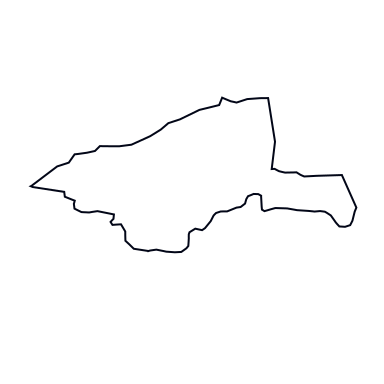 outline of Monzie, Choiseul, Saint Lucia, rotated 252°
{"feature_id": "8701671B92535137088393", "entity_name": "Monzie", "entity_type": "district", "adm_level": 2, "iso_a3": "LCA", "parent_name": "Saint Lucia", "parent_adm1": "Choiseul", "projection": "equal_earth", "projection_center": [-61.024, 13.807], "detail": "fine", "context": "isolated", "style": "outline", "palette": "ink", "viewbox_px": 384, "rotation_deg": 252, "n_neighbors": 0, "source": "geoboundaries", "source_scale": "gbopen_adm2", "svg_char_len": 1946}
<svg xmlns="http://www.w3.org/2000/svg" viewBox="0 0 384 384"><g transform="rotate(252 192 192)"><path d="M149.3,131.2L149.3,133.7L149.2,134.6L148.2,140.3L144.5,146.9L143.2,149.1L142.2,151.6L140.0,157.0L138.3,163.3L139.4,166.8L140.2,169.3L141.8,171.8L145.5,173.3L149.1,174.7L150.2,175.0L152.8,175.9L154.5,177.2L155.7,182.1L156.1,183.8L152.6,189.8L153.6,193.2L158.5,200.8L160.7,203.0L162.9,205.2L163.5,206.2L164.6,208.4L164.6,213.4L162.7,219.4L163.4,229.5L162.7,233.6L164.6,238.9L167.8,241.0L168.5,241.5L170.7,244.0L170.8,246.3L171.1,250.0L170.4,251.9L169.5,254.4L167.1,256.6L166.2,256.3L161.3,255.0L156.4,253.7L154.1,253.2L153.6,253.1L153.3,253.4L151.4,255.0L151.3,258.0L151.2,261.9L151.0,266.3L147.0,277.4L143.4,284.2L142.3,286.2L137.9,297.2L136.5,300.4L135.5,302.6L135.4,303.1L134.3,307.9L132.2,312.3L130.4,313.9L126.8,316.8L120.4,318.8L118.7,319.3L117.0,320.0L113.7,321.5L113.0,323.3L111.6,326.8L111.6,332.2L115.1,335.7L123.1,340.7L125.8,343.0L126.4,343.5L160.7,339.9L161.1,339.8L161.8,339.8L168.8,315.8L172.1,303.5L173.6,301.8L174.9,300.4L178.0,297.8L178.4,297.5L179.2,294.7L181.7,286.5L182.8,284.6L184.9,281.2L186.6,279.5L188.5,277.7L189.2,274.9L214.2,286.5L257.8,293.4L259.5,288.0L260.3,285.4L261.8,279.3L263.3,273.2L263.3,262.0L264.7,259.7L266.3,256.9L269.8,252.8L272.4,249.8L270.2,248.0L266.3,244.7L267.1,233.5L267.8,224.4L265.2,205.8L264.8,203.0L264.8,190.8L261.0,181.6L258.0,169.4L255.7,149.0L258.0,136.8L261.0,127.7L264.1,118.5L263.3,117.0L261.0,112.4L261.8,104.3L263.4,95.3L264.1,92.0L258.0,83.9L258.0,71.7L247.4,41.1L247.3,40.5L245.9,42.1L231.6,70.5L226.8,69.6L221.7,75.7L220.0,77.8L218.4,76.8L217.3,76.0L212.5,75.1L210.3,77.3L207.1,80.6L206.5,82.1L204.3,87.9L203.9,90.9L203.0,96.2L194.8,110.8L190.7,109.0L190.0,107.6L188.7,105.3L185.3,106.2L184.3,110.3L183.2,114.5L176.1,116.1L175.0,116.3L171.6,115.2L166.2,113.6L161.4,116.3L160.8,116.6L156.0,119.1L149.5,132.0L149.3,131.2Z" fill="none" stroke="#020617" stroke-width="2"/></g></svg>